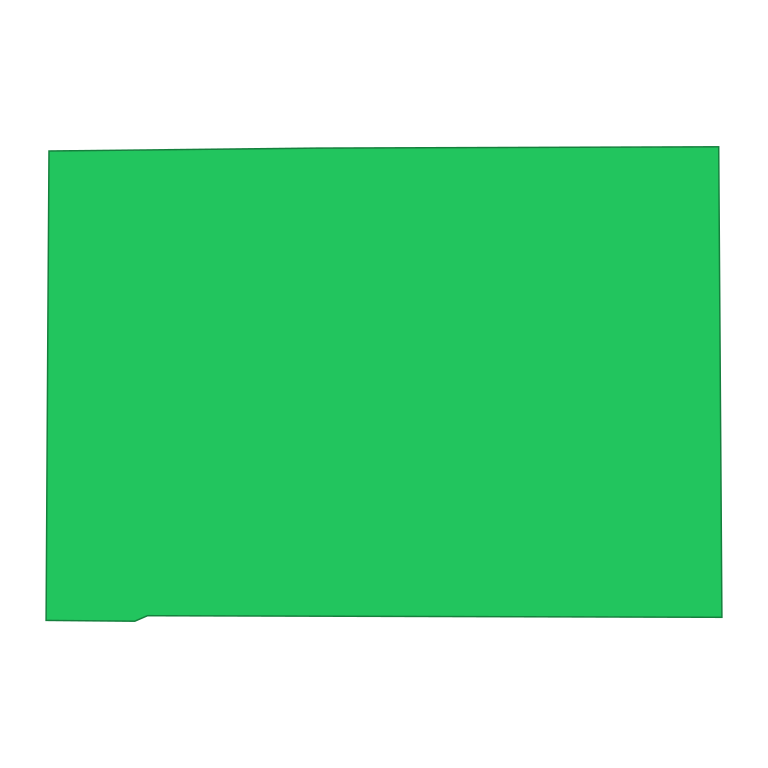 DeSoto, Florida, United States of America
{"feature_id": "52423323B50185112630259", "entity_name": "DeSoto", "entity_type": "district", "adm_level": 2, "iso_a3": "USA", "parent_name": "United States of America", "parent_adm1": "Florida", "projection": "orthographic", "projection_center": [-81.91, 27.186], "detail": "fine", "context": "isolated", "style": "filled", "palette": "green", "viewbox_px": 768, "rotation_deg": 0, "n_neighbors": 0, "source": "geoboundaries", "source_scale": "gbopen_adm2", "svg_char_len": 236}
<svg xmlns="http://www.w3.org/2000/svg" viewBox="0 0 768 768"><path d="M47.7,351.1L46.1,620.4L134.8,621.2L147.5,615.7L721.9,617.3L718.7,146.8L317.2,148.1L49.0,151.0L47.7,351.1Z" fill="#22c55e" stroke="#15803d" stroke-width="1.5"/></svg>